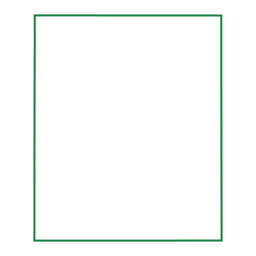 Rock, Minnesota, United States of America (orthographic projection)
{"feature_id": "52423323B22497914926467", "entity_name": "Rock", "entity_type": "district", "adm_level": 2, "iso_a3": "USA", "parent_name": "United States of America", "parent_adm1": "Minnesota", "projection": "orthographic", "projection_center": [-96.325, 43.675], "detail": "fine", "context": "isolated", "style": "outline", "palette": "green", "viewbox_px": 256, "rotation_deg": 0, "n_neighbors": 0, "source": "geoboundaries", "source_scale": "gbopen_adm2", "svg_char_len": 335}
<svg xmlns="http://www.w3.org/2000/svg" viewBox="0 0 256 256"><path d="M34.7,15.4L34.8,44.0L34.7,52.8L34.5,118.5L34.5,127.9L34.4,169.9L34.5,171.4L34.4,183.9L34.4,184.7L34.4,240.6L82.2,240.6L91.1,240.6L148.8,240.6L153.5,240.6L221.6,240.5L221.3,72.3L221.3,15.5L215.5,15.5L34.7,15.4Z" fill="none" stroke="#15803d" stroke-width="2"/></svg>